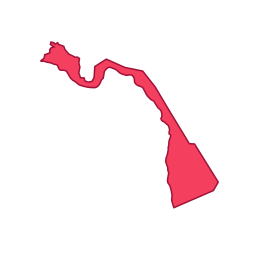 outline of Khazarasp, Khorezm, Uzbekistan, rotated 13°
{"feature_id": "79887680B22974802062613", "entity_name": "Khazarasp", "entity_type": "district", "adm_level": 2, "iso_a3": "UZB", "parent_name": "Uzbekistan", "parent_adm1": "Khorezm", "projection": "natural_earth1", "projection_center": [61.541, 40.963], "detail": "fine", "context": "isolated", "style": "filled", "palette": "rose", "viewbox_px": 256, "rotation_deg": 13, "n_neighbors": 0, "source": "geoboundaries", "source_scale": "gbopen_adm2", "svg_char_len": 2012}
<svg xmlns="http://www.w3.org/2000/svg" viewBox="0 0 256 256"><g transform="rotate(13 128 128)"><path d="M196.4,128.6L191.3,129.5L161.7,99.1L145.4,82.0L129.5,69.2L111.3,69.7L91.4,65.8L81.8,75.6L83.6,86.4L82.5,90.6L78.7,92.3L75.3,91.7L74.1,89.1L70.4,89.7L67.7,85.4L67.4,79.4L65.5,75.8L65.1,71.2L63.0,70.3L60.7,70.9L53.6,69.2L48.9,65.7L47.0,62.8L41.4,62.1L40.3,60.7L38.2,62.6L36.3,61.5L33.6,61.6L33.5,64.0L37.6,65.6L35.1,67.1L34.1,69.2L35.0,72.3L30.4,75.3L30.5,78.9L27.9,82.2L27.9,82.3L29.2,82.4L30.1,82.0L30.3,81.9L30.5,81.8L31.5,81.9L34.7,82.1L37.6,81.9L38.4,82.0L41.8,82.5L44.6,82.4L45.5,83.3L46.2,84.1L46.3,84.4L46.7,85.1L48.4,86.7L50.3,86.7L52.1,86.2L52.4,86.2L54.2,86.2L55.2,86.6L56.1,87.4L56.9,88.2L57.1,88.4L57.3,88.6L60.0,91.5L61.3,92.7L62.3,93.2L63.2,93.8L65.9,94.6L70.3,96.8L72.3,97.2L73.1,96.9L73.7,97.3L76.8,97.4L77.5,97.2L78.5,97.4L83.3,96.9L83.7,96.5L84.5,96.6L86.8,96.1L88.2,95.2L89.2,94.1L89.8,93.1L90.4,91.6L90.9,89.8L91.3,87.3L91.6,86.6L92.6,85.1L92.6,83.5L92.3,79.7L92.4,77.9L93.3,75.9L94.8,73.8L96.1,73.0L97.6,72.9L102.7,73.7L104.4,74.4L107.3,76.1L109.5,76.7L114.6,77.1L118.3,75.6L119.7,75.6L121.3,76.5L122.2,77.3L123.3,79.3L124.1,81.9L125.2,83.0L126.7,83.9L128.6,84.5L132.2,84.9L133.6,85.7L136.8,89.3L138.1,90.9L139.5,92.3L142.7,94.4L143.8,95.1L147.0,96.0L152.5,101.4L156.0,103.4L157.4,105.8L158.4,108.7L158.3,110.1L157.9,111.3L158.3,112.0L158.8,112.8L160.1,113.6L161.7,113.8L164.9,115.6L166.0,116.0L167.2,117.2L168.1,118.6L169.0,120.8L168.9,122.6L169.4,124.5L170.9,125.1L171.5,126.2L171.3,127.4L170.9,130.7L171.1,133.3L171.5,134.7L171.5,135.8L171.6,138.5L172.1,139.8L172.3,145.3L172.1,147.3L171.8,148.5L172.2,151.2L172.1,151.9L173.0,153.5L175.6,157.6L176.4,160.4L177.7,162.4L178.2,170.1L179.1,172.3L180.5,173.6L181.0,174.0L182.6,176.1L182.9,176.8L184.3,179.4L185.2,181.7L185.4,182.1L186.2,184.0L186.5,186.9L186.9,188.6L187.3,189.6L189.0,192.5L189.3,193.2L190.2,194.7L190.3,194.8L190.7,195.3L225.3,169.7L228.1,160.4L196.4,128.6Z" fill="#f43f5e" stroke="#9f1239" stroke-width="1.5"/></g></svg>